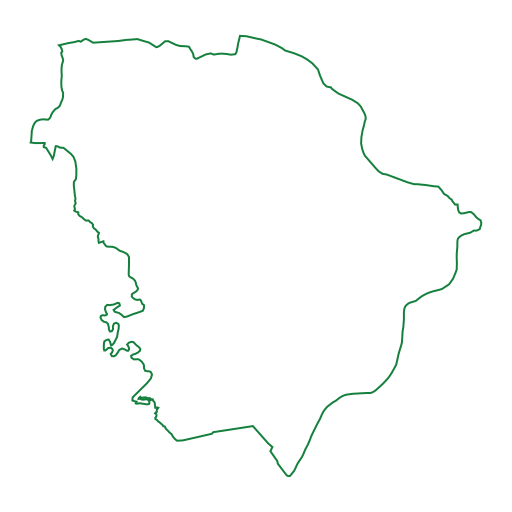 Kampong Trach, Kâmpôt, Cambodia (Mercator projection)
{"feature_id": "14789045B82018402727436", "entity_name": "Kampong Trach", "entity_type": "district", "adm_level": 2, "iso_a3": "KHM", "parent_name": "Cambodia", "parent_adm1": "Kâmpôt", "projection": "mercator", "projection_center": [104.456, 10.519], "detail": "fine", "context": "isolated", "style": "outline", "palette": "green", "viewbox_px": 512, "rotation_deg": 0, "n_neighbors": 0, "source": "geoboundaries", "source_scale": "gbopen_adm2", "svg_char_len": 5934}
<svg xmlns="http://www.w3.org/2000/svg" viewBox="0 0 512 512"><path d="M331.1,87.5L326.6,86.5L323.4,83.4L320.0,75.6L318.0,69.5L312.2,63.2L307.0,59.4L301.7,56.3L293.9,53.2L285.1,50.5L281.9,48.1L275.0,44.5L261.2,39.5L256.7,38.6L246.2,36.2L240.0,35.9L238.1,43.7L237.7,46.4L236.4,52.3L235.3,54.2L231.0,54.7L226.6,54.0L221.6,53.6L217.9,53.9L213.8,54.6L210.8,53.4L205.9,54.4L196.7,58.8L195.6,58.7L193.7,57.1L193.2,54.0L192.2,52.0L190.1,48.7L189.0,46.7L186.0,46.3L179.9,46.0L175.8,44.8L168.3,41.2L165.1,41.3L159.7,45.8L157.6,46.9L156.3,47.2L149.1,42.6L142.9,40.8L137.4,39.1L131.3,39.6L126.3,39.9L118.2,41.0L93.1,42.7L88.2,39.8L85.7,38.9L83.6,39.7L80.7,41.7L78.8,40.9L73.9,42.2L68.3,43.1L59.0,45.3L60.5,46.7L61.7,49.0L62.3,51.6L61.2,52.7L61.6,55.3L62.4,57.3L63.1,59.7L63.1,60.9L61.9,64.8L61.5,69.0L61.6,73.3L61.8,75.3L61.3,80.9L61.3,84.1L61.5,87.4L62.1,90.5L63.1,92.7L63.0,97.0L62.3,99.8L61.1,102.3L59.8,105.9L57.8,107.8L55.2,109.2L52.5,112.5L51.0,115.3L50.6,116.9L49.5,118.5L48.0,119.7L43.1,119.3L40.6,119.6L39.1,120.0L37.2,120.7L35.7,121.7L34.3,123.6L33.0,126.5L31.7,131.4L31.7,133.3L31.1,141.6L30.7,142.5L34.9,143.1L44.7,143.0L44.7,144.3L43.7,145.5L43.8,147.2L46.1,147.8L50.7,155.2L52.6,159.0L53.8,155.9L55.7,146.2L57.5,146.3L60.1,147.7L61.7,147.7L63.6,147.9L70.9,153.9L73.5,156.8L75.3,161.4L76.4,168.8L76.3,175.5L75.8,179.3L73.9,181.9L73.8,185.1L74.9,195.6L75.5,198.5L75.0,200.9L75.7,203.2L74.8,204.8L74.3,206.5L75.0,209.2L74.2,210.6L75.1,211.3L75.7,211.6L78.3,212.3L78.2,214.2L79.5,215.8L82.6,217.7L83.5,218.8L86.0,220.6L88.6,220.5L90.2,222.2L91.8,223.1L93.1,224.8L92.8,226.6L93.9,228.3L95.8,229.7L97.2,231.5L99.0,232.9L98.1,235.2L97.8,236.6L98.5,238.9L98.5,241.4L98.9,242.9L101.4,241.9L103.4,241.3L103.5,242.7L105.9,245.9L107.1,246.6L112.4,246.8L114.8,247.5L116.5,248.4L119.8,250.8L123.4,252.0L125.7,253.2L127.4,254.3L129.0,257.1L129.0,264.4L128.7,273.8L128.8,275.1L129.3,276.4L130.4,277.3L132.3,278.1L133.4,279.0L135.0,280.7L135.7,282.4L136.4,285.3L138.0,288.3L137.7,289.7L136.3,291.3L135.2,292.1L133.4,293.1L131.9,294.2L131.8,296.5L132.9,297.9L134.9,299.3L137.2,299.9L138.3,299.9L139.3,299.5L140.3,299.8L141.0,300.7L141.4,301.6L142.1,303.7L144.1,305.3L143.9,308.3L142.8,310.8L138.7,312.3L132.8,314.2L126.9,316.6L124.0,317.1L121.4,314.7L119.0,313.0L114.8,311.8L113.6,310.0L116.8,307.5L119.9,305.5L119.3,303.3L117.7,302.8L113.9,304.5L109.6,305.1L107.2,304.9L105.3,306.7L105.0,309.2L105.9,312.0L107.0,314.0L106.5,315.0L104.6,315.5L102.5,315.2L100.8,316.0L100.5,317.6L101.7,320.1L104.0,321.8L106.3,322.3L107.9,323.7L108.8,327.1L108.9,329.5L110.0,331.5L111.8,331.2L113.0,329.3L112.9,326.2L114.0,323.6L116.2,322.8L118.3,323.9L118.8,325.2L118.7,328.4L117.8,332.2L117.1,336.9L113.8,343.3L112.1,345.0L111.1,345.4L110.1,342.0L108.7,339.6L107.1,339.7L104.5,341.2L104.0,342.7L103.8,346.2L103.8,348.7L104.3,350.5L105.5,350.4L108.3,348.0L111.0,347.8L112.4,349.0L112.8,350.6L112.0,352.5L110.7,354.0L111.9,356.1L113.8,356.3L115.5,355.5L117.8,352.5L119.2,350.0L122.2,348.5L124.9,349.5L126.7,350.6L128.0,350.8L129.0,349.5L129.1,348.3L128.3,346.3L127.1,344.6L128.7,342.8L131.3,341.8L133.4,342.1L136.7,345.5L138.7,346.9L140.3,348.8L140.1,350.6L138.1,352.4L135.9,353.6L132.9,354.6L131.1,355.8L131.5,357.8L134.0,359.4L137.8,359.2L139.3,359.7L141.7,361.6L143.7,364.5L144.0,366.0L144.0,368.2L145.2,370.8L147.8,371.3L149.8,371.4L151.0,372.3L152.0,374.5L150.9,378.4L146.9,383.3L132.6,397.4L132.4,400.5L134.4,401.2L136.6,401.7L135.8,403.4L137.0,403.7L138.3,403.5L139.2,403.2L144.9,404.0L146.9,404.4L149.2,403.9L149.4,402.7L149.2,401.5L148.6,400.4L147.6,399.6L146.6,399.2L143.1,399.7L141.8,399.6L139.8,398.7L138.6,398.9L139.0,397.8L140.3,396.8L141.1,397.8L145.4,397.3L147.7,398.0L148.6,398.4L149.8,398.1L150.2,400.3L151.3,399.9L151.9,399.1L152.8,399.4L153.1,400.7L154.0,401.6L154.6,402.5L154.8,403.5L155.1,406.7L155.4,407.9L157.3,407.4L158.3,407.8L156.9,409.7L156.7,410.7L156.9,411.8L155.9,412.4L155.1,413.3L156.1,413.9L156.5,415.0L156.5,416.0L156.0,417.0L155.3,417.7L155.3,418.8L156.1,419.5L157.0,420.0L158.4,421.7L159.4,422.2L162.7,425.1L163.2,426.2L165.0,426.6L165.7,428.6L168.4,431.2L169.1,432.1L171.7,434.3L173.0,436.8L173.9,437.7L174.4,438.5L175.3,439.2L176.2,440.1L177.1,440.7L182.9,440.4L211.8,433.8L213.2,432.2L252.9,426.1L268.1,443.3L272.4,447.0L270.4,451.2L277.3,461.1L277.8,463.7L285.9,474.3L286.8,475.4L288.1,476.0L289.7,476.1L290.7,475.1L294.0,471.0L295.3,468.5L297.0,464.7L298.3,462.4L301.5,457.7L303.2,454.5L305.3,449.4L308.1,444.2L309.0,442.0L310.1,439.4L311.1,436.5L313.0,432.5L317.8,422.9L320.1,418.7L321.8,414.7L323.3,411.8L325.1,409.2L327.4,406.6L333.0,402.3L335.7,400.8L340.3,397.3L343.0,395.8L345.4,394.9L348.3,394.4L352.5,393.8L366.5,393.0L369.9,393.0L371.2,392.8L372.7,392.2L374.7,391.0L376.4,389.7L382.5,384.1L385.5,381.0L387.9,378.4L389.8,375.8L392.0,372.4L396.2,364.7L398.7,353.5L401.4,344.6L402.0,341.9L402.6,331.3L403.3,327.3L403.9,319.8L403.9,312.6L404.3,309.0L405.0,306.9L406.2,305.3L408.2,303.6L409.9,302.7L415.2,301.1L416.1,300.7L420.2,297.4L422.4,295.9L425.9,294.0L429.1,292.6L433.2,291.3L438.9,289.9L441.9,289.0L449.1,284.3L453.0,278.8L455.6,272.6L456.7,269.5L456.9,263.5L456.7,257.0L456.7,254.1L457.3,247.3L457.4,240.9L458.0,238.5L459.6,236.8L461.8,235.3L464.2,234.2L470.5,232.6L472.7,231.2L474.0,230.5L475.8,230.7L477.7,230.2L479.8,229.0L480.0,227.9L481.1,224.8L481.3,223.1L480.5,220.2L478.8,219.3L477.1,218.0L475.6,216.5L474.1,214.5L472.2,212.9L471.2,212.1L469.0,212.0L464.2,213.2L461.1,213.5L459.3,212.5L458.2,210.1L457.8,207.6L457.6,204.5L455.1,204.6L452.3,201.0L451.7,199.7L449.6,198.2L447.9,196.2L445.9,194.9L444.3,194.2L441.2,189.8L438.3,186.6L433.4,186.2L425.6,185.0L417.3,184.2L414.2,184.2L407.5,182.3L386.6,174.5L382.5,173.8L378.5,171.2L375.0,167.4L364.9,155.7L363.5,152.8L362.2,149.0L361.1,143.4L361.4,137.3L362.5,130.8L364.0,125.3L364.8,121.4L365.7,119.1L365.5,116.2L364.6,113.7L360.7,106.4L357.7,103.2L352.1,99.7L338.7,93.7L335.1,91.2L331.8,88.7L331.1,87.5Z" fill="none" stroke="#15803d" stroke-width="2"/></svg>